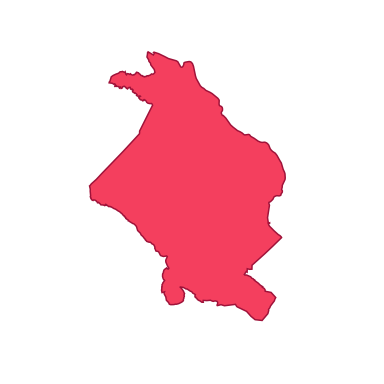 Poncitlán, Jalisco, Mexico, rotated 37°
{"feature_id": "50627088B14404540858707", "entity_name": "Poncitlán", "entity_type": "district", "adm_level": 2, "iso_a3": "MEX", "parent_name": "Mexico", "parent_adm1": "Jalisco", "projection": "albers", "projection_center": [-102.942, 20.264], "detail": "fine", "context": "isolated", "style": "filled", "palette": "rose", "viewbox_px": 384, "rotation_deg": 37, "n_neighbors": 0, "source": "geoboundaries", "source_scale": "gbopen_adm2", "svg_char_len": 5964}
<svg xmlns="http://www.w3.org/2000/svg" viewBox="0 0 384 384"><g transform="rotate(37 192 192)"><path d="M106.7,246.0L106.7,248.3L106.5,248.8L109.0,250.9L110.2,252.6L113.2,255.9L113.7,256.8L113.7,257.1L114.1,257.2L115.2,257.8L115.2,258.1L116.9,258.6L118.1,258.3L118.1,257.7L118.4,257.4L119.4,256.9L120.6,256.7L121.6,257.1L123.2,257.0L123.3,257.3L123.7,257.0L123.7,256.6L125.6,256.7L126.9,257.1L129.1,255.7L130.5,255.4L130.5,255.2L130.2,255.0L130.6,254.4L130.6,253.7L131.6,253.7L131.7,254.1L132.2,253.7L134.2,253.8L135.0,253.0L135.5,252.8L135.5,253.0L136.7,252.5L139.7,252.2L141.3,251.7L144.2,251.6L146.1,251.3L148.1,251.5L148.8,251.4L151.6,252.1L152.4,251.8L152.9,252.3L153.8,252.2L154.1,252.5L154.8,252.5L155.1,253.0L155.9,252.8L156.5,253.0L157.8,252.8L158.4,253.3L158.6,253.0L159.5,253.2L163.8,252.8L164.6,252.4L166.8,252.6L168.4,253.0L171.8,255.5L175.6,256.0L177.2,256.9L179.6,257.1L182.4,257.9L183.2,257.9L183.5,258.3L184.0,258.4L184.4,258.3L185.5,258.7L187.5,258.1L189.2,257.1L191.2,257.5L192.4,257.2L193.6,257.3L195.3,258.2L195.7,258.6L196.1,259.3L197.9,260.3L198.4,260.8L198.8,260.8L200.8,259.9L201.7,260.0L204.5,261.4L205.3,261.6L208.0,260.7L210.3,258.3L211.2,258.5L212.0,261.9L212.4,262.7L213.3,263.7L217.1,265.9L219.2,266.7L219.5,267.0L219.5,267.7L219.2,268.0L218.3,268.0L217.9,268.3L217.4,268.0L216.7,270.3L216.6,271.3L217.3,273.1L217.6,273.4L217.9,275.2L219.3,277.2L220.9,278.4L222.0,279.0L222.7,279.1L222.9,278.9L223.4,279.1L223.4,282.1L223.7,282.5L223.8,284.0L225.1,285.6L224.9,285.8L226.8,288.5L226.7,288.7L228.6,290.4L230.1,288.4L230.3,289.3L231.3,290.2L234.3,291.6L236.7,293.9L239.4,294.3L240.8,294.8L241.2,295.2L241.6,295.2L242.8,294.8L245.3,292.8L246.3,291.5L247.2,290.9L248.6,289.1L250.0,286.3L250.3,285.3L250.5,284.1L250.3,283.6L249.8,283.2L249.4,281.7L249.0,281.4L248.8,280.2L248.5,279.7L247.8,279.3L247.1,277.5L246.6,277.4L244.8,276.3L242.0,275.4L239.8,275.1L239.8,274.9L242.3,273.5L243.9,273.2L245.4,273.1L246.6,272.4L250.5,272.2L251.3,271.9L252.3,271.9L253.4,272.3L255.6,272.0L256.5,272.0L256.9,273.4L257.4,273.6L258.1,273.7L258.1,274.1L260.0,274.1L261.0,274.6L263.2,274.4L264.0,274.1L265.5,274.2L266.2,274.1L267.3,273.3L266.9,273.0L266.2,271.8L269.2,269.8L271.8,267.4L273.9,266.9L274.8,266.5L276.0,265.0L277.8,264.3L278.5,264.5L279.2,265.0L279.9,266.3L280.0,267.2L280.4,267.5L280.7,267.4L283.0,264.5L286.4,263.3L294.3,255.6L296.6,256.5L297.4,256.5L307.4,254.5L314.0,255.8L319.2,256.0L325.3,252.4L325.8,243.5L324.6,240.5L323.8,239.7L323.8,237.7L323.3,235.7L323.3,229.4L322.7,227.8L322.4,225.9L315.6,224.6L310.2,227.2L309.0,226.0L307.7,225.6L305.5,225.7L305.5,225.1L302.6,225.3L299.6,224.9L296.1,225.0L294.8,224.4L294.7,223.9L294.7,224.9L292.9,224.5L291.6,224.9L289.9,224.4L285.7,225.4L284.1,226.5L283.4,226.4L283.2,222.9L284.2,222.8L282.3,220.0L284.4,219.2L286.3,217.6L284.0,214.3L287.3,197.4L289.1,186.8L291.0,174.5L290.4,174.2L289.4,174.0L288.4,173.9L286.5,174.1L280.9,173.6L274.7,172.7L273.3,172.2L271.8,171.2L272.8,170.3L272.5,169.9L271.8,171.0L267.8,167.1L261.8,155.9L260.2,154.8L259.7,154.0L260.5,152.5L260.9,150.0L261.0,149.1L260.6,147.5L260.5,146.4L260.8,145.6L261.9,143.9L263.9,142.7L264.4,142.1L264.8,141.3L264.8,140.8L264.4,140.2L264.2,137.8L263.5,136.7L262.1,136.1L261.1,133.8L260.1,132.3L258.8,126.1L258.0,124.7L255.3,121.5L253.9,120.5L251.1,119.0L245.9,115.1L242.9,113.9L238.0,111.7L235.2,110.9L232.0,111.1L230.2,110.9L228.4,110.4L225.0,108.3L223.2,107.9L222.1,107.9L220.7,108.2L219.9,108.6L218.3,110.1L216.9,110.9L214.0,111.6L209.4,111.7L205.5,112.2L203.5,111.7L203.0,111.8L202.5,112.0L200.0,114.5L199.3,114.9L196.5,114.7L193.9,115.0L191.4,115.6L185.8,115.5L182.5,115.2L174.4,112.6L170.9,112.1L170.2,112.6L168.0,111.5L167.4,110.5L167.3,108.7L166.5,107.4L165.4,106.4L164.2,106.0L162.4,106.4L161.6,106.3L160.6,105.4L158.7,102.6L158.0,102.1L156.2,101.6L148.9,101.3L146.7,101.5L141.9,102.5L139.1,102.2L136.8,102.5L134.7,102.2L127.1,98.8L124.9,97.2L117.5,90.7L115.1,89.2L113.3,88.8L112.5,88.9L111.2,89.5L108.5,92.4L108.0,93.2L107.9,93.7L108.8,95.4L109.2,97.4L108.8,98.5L108.2,98.8L107.5,98.8L102.2,96.5L100.4,96.7L92.9,99.6L88.6,100.3L82.1,101.6L77.5,103.2L77.4,103.6L78.3,103.4L78.7,105.8L72.6,106.5L72.7,107.4L72.9,107.4L72.9,107.7L73.1,107.7L73.4,108.6L74.8,111.3L78.2,112.7L78.6,113.3L79.1,113.6L81.3,114.1L82.6,115.3L88.2,116.9L90.4,118.8L90.3,120.4L90.1,121.1L89.8,121.5L88.6,122.1L88.3,123.7L87.4,125.0L87.3,125.5L86.1,126.2L85.9,127.3L85.3,127.7L85.0,128.5L84.4,128.5L83.8,129.0L83.2,128.9L82.8,129.3L82.2,129.0L81.2,129.6L79.2,129.2L78.4,129.4L77.6,129.0L76.4,129.5L75.9,129.5L75.7,129.7L75.9,130.0L75.8,130.3L75.6,130.5L75.8,131.4L75.6,131.7L75.4,132.9L74.9,133.3L75.0,133.6L74.1,134.5L73.1,134.6L72.5,134.9L72.1,134.9L71.8,134.6L71.6,134.6L71.3,135.7L70.2,135.8L69.2,136.3L69.0,136.7L69.2,137.8L68.6,137.8L68.3,137.6L67.7,137.4L67.6,137.1L66.3,136.2L66.3,136.8L65.8,137.1L63.8,137.6L63.6,138.1L62.4,139.1L62.1,139.7L61.9,141.3L60.4,143.5L58.9,146.3L58.2,148.6L59.8,152.9L59.7,153.8L60.1,154.7L63.0,153.1L64.8,153.0L65.1,152.2L66.0,152.2L66.3,152.5L66.6,154.0L66.9,154.1L67.6,152.8L68.0,153.2L69.2,152.3L69.8,152.1L70.8,152.2L71.6,152.7L71.8,152.3L71.4,151.4L71.7,151.2L72.3,151.8L73.1,151.6L73.2,151.8L73.4,151.6L73.7,150.6L73.2,149.8L74.0,148.6L74.6,148.2L75.6,148.4L76.1,148.2L77.2,148.5L77.3,148.7L77.6,148.6L77.7,148.3L78.5,148.4L78.5,147.4L78.8,146.3L79.8,145.6L80.5,146.6L81.1,146.7L81.5,146.7L81.9,146.2L82.1,146.1L82.1,145.9L82.6,145.8L83.5,146.0L83.8,146.3L83.5,147.1L84.7,147.8L85.7,147.5L86.4,147.7L86.4,147.3L87.2,147.1L87.4,147.2L88.5,147.1L89.4,147.3L89.3,148.0L89.6,148.3L91.0,148.1L91.4,147.8L92.2,147.5L92.2,147.2L92.5,147.0L92.4,146.8L92.6,146.6L93.2,146.6L92.7,148.2L92.7,148.8L95.3,149.4L96.6,148.7L97.7,148.9L98.5,147.9L98.0,147.3L98.1,147.0L99.7,146.8L101.1,147.2L101.8,147.6L103.4,147.6L105.5,146.6L106.0,145.9L106.5,145.7L106.8,145.7L108.3,146.4L113.5,174.9L114.4,176.1L115.0,177.2L112.6,200.9L108.8,231.8L108.0,239.5L106.7,246.0Z" fill="#f43f5e" stroke="#9f1239" stroke-width="1.5"/></g></svg>